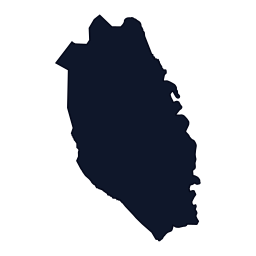 the district of La Union, Copán, Honduras
{"feature_id": "27666195B95326987561994", "entity_name": "La Union", "entity_type": "district", "adm_level": 2, "iso_a3": "HND", "parent_name": "Honduras", "parent_adm1": "Copán", "projection": "robinson", "projection_center": [-88.924, 14.696], "detail": "fine", "context": "isolated", "style": "filled", "palette": "ink", "viewbox_px": 256, "rotation_deg": 0, "n_neighbors": 0, "source": "geoboundaries", "source_scale": "gbopen_adm2", "svg_char_len": 5734}
<svg xmlns="http://www.w3.org/2000/svg" viewBox="0 0 256 256"><path d="M67.8,107.8L73.4,128.0L71.6,133.3L71.9,133.8L72.1,134.3L72.4,135.6L72.6,135.8L73.0,136.1L73.2,136.4L73.3,136.8L73.3,137.3L73.4,137.6L73.6,137.9L74.1,138.1L74.3,138.4L74.4,138.8L74.3,139.4L74.4,139.7L74.6,140.0L75.2,140.5L76.7,142.7L77.1,143.3L77.1,143.8L77.1,147.1L77.1,147.5L77.9,148.1L78.7,148.9L78.9,149.2L79.0,149.7L79.1,150.2L79.1,150.6L78.7,151.8L78.6,152.5L78.7,154.6L78.7,156.6L76.9,160.8L81.2,168.9L82.0,169.9L83.1,171.9L85.5,175.3L86.0,175.8L89.1,178.5L89.8,179.2L91.1,180.8L92.0,182.3L92.9,183.3L93.8,184.1L94.5,184.6L94.8,184.7L95.2,184.6L95.5,184.8L95.7,185.2L95.8,185.9L96.7,187.5L96.9,187.6L97.5,187.6L98.4,187.9L98.7,188.1L99.0,188.5L101.0,188.9L101.1,189.0L101.2,189.3L102.7,189.5L102.8,189.6L102.9,190.1L103.4,190.6L107.3,193.3L107.7,193.9L107.8,194.5L108.0,194.8L108.3,194.9L108.5,194.9L108.7,194.6L108.9,194.5L109.2,194.6L109.4,194.7L109.6,194.9L110.0,195.4L110.5,195.8L110.8,196.0L111.1,195.8L112.3,196.8L112.6,197.1L112.8,197.2L112.8,197.7L113.0,197.9L113.4,198.0L114.6,198.0L116.4,198.2L116.6,198.3L116.8,198.9L117.1,199.4L117.4,199.2L117.8,199.3L118.2,199.2L118.4,199.2L118.6,199.4L118.7,199.6L118.7,199.8L118.8,199.9L119.3,199.9L119.7,199.7L119.8,199.7L120.8,200.9L121.6,201.6L122.1,202.4L122.5,202.6L122.9,202.8L125.6,206.2L133.6,214.7L136.2,217.7L142.3,223.7L152.0,232.2L156.0,239.0L156.8,239.2L158.0,239.1L158.2,239.3L158.8,240.4L159.0,240.6L159.4,240.6L159.7,240.5L161.0,239.3L161.7,238.9L162.1,238.5L162.5,238.0L162.8,237.3L163.4,236.3L164.6,235.1L165.3,234.1L166.8,232.7L167.7,232.1L170.3,231.1L171.0,230.8L171.4,230.4L171.7,230.0L172.1,229.0L172.8,226.1L172.9,225.6L172.9,225.4L173.4,225.5L174.2,225.8L175.4,226.6L176.1,226.9L176.7,227.0L179.0,227.1L183.2,226.1L184.0,226.0L184.8,226.0L185.4,225.8L185.9,225.5L186.3,225.2L186.9,224.0L187.0,223.9L187.3,223.9L187.7,224.1L188.1,224.0L196.7,224.2L197.0,223.9L197.7,222.4L198.2,221.5L198.3,221.2L197.8,220.5L197.0,219.2L196.1,217.3L195.8,216.5L195.8,215.7L196.0,214.8L196.1,214.4L196.5,213.8L196.6,213.4L196.7,213.1L196.6,212.4L196.3,211.6L196.0,211.1L195.3,209.9L195.0,209.3L195.2,208.7L195.7,207.5L195.9,206.7L196.0,206.4L195.8,205.6L195.7,205.2L195.4,205.0L195.0,205.3L193.8,205.4L193.2,205.5L192.8,205.3L192.5,204.9L192.2,204.2L191.8,203.5L191.7,203.2L191.7,202.5L191.7,201.5L192.0,200.7L193.9,197.0L195.5,194.7L195.5,194.3L195.2,193.5L194.8,192.9L194.2,191.3L193.9,190.9L193.6,190.8L192.4,190.8L191.4,191.2L190.2,191.5L189.8,191.5L189.6,191.3L189.5,190.7L189.1,189.5L188.9,188.7L189.7,185.7L190.0,185.1L190.4,184.8L191.1,184.5L192.0,184.4L193.7,183.5L194.5,182.9L194.8,182.8L195.1,182.9L196.3,183.9L197.1,184.1L198.2,183.9L199.3,183.6L199.7,183.3L199.9,183.0L199.9,182.6L199.6,181.9L199.5,180.1L199.1,179.4L198.5,178.5L197.6,177.5L195.7,176.5L194.7,176.0L193.3,175.8L193.0,175.6L192.9,175.4L192.8,175.1L192.6,173.4L192.4,171.2L192.5,170.6L192.5,170.3L192.9,169.9L194.7,168.5L194.9,168.0L195.1,167.3L195.1,166.3L194.8,163.2L195.0,162.1L195.5,160.3L195.7,159.2L195.6,158.5L195.2,156.7L195.0,154.8L195.0,154.2L195.1,152.8L195.4,149.9L196.0,146.2L196.0,145.4L195.9,144.8L195.5,143.7L195.1,142.8L194.6,141.9L194.2,141.2L193.8,140.8L193.3,140.4L192.3,140.0L191.8,139.6L191.1,139.1L190.5,138.4L189.9,137.7L189.3,137.0L189.1,136.5L188.8,135.8L188.6,135.4L187.4,134.0L186.2,132.8L185.8,132.3L185.6,131.9L185.5,131.2L185.8,130.3L188.0,125.7L188.5,124.4L188.6,123.2L188.6,122.1L188.4,121.5L187.8,120.6L186.7,119.0L185.0,117.1L184.0,116.1L183.2,115.6L182.4,115.3L181.4,115.1L179.5,115.3L178.0,115.3L177.1,115.3L176.2,115.1L176.0,114.9L175.8,114.7L175.9,114.3L176.1,113.8L179.3,109.8L179.6,109.5L180.6,108.9L181.3,108.1L181.6,107.5L181.6,107.2L181.6,106.8L181.2,106.2L180.3,105.2L178.7,102.2L178.4,102.0L177.5,101.6L176.5,101.5L176.1,101.6L174.9,102.1L173.9,102.4L173.4,102.5L173.1,102.3L172.9,101.9L172.2,100.3L170.8,97.6L170.2,95.8L169.9,94.7L170.0,94.2L170.3,93.6L170.8,92.7L171.4,92.0L171.8,91.6L172.2,91.4L172.5,91.3L172.9,91.4L173.2,91.6L173.5,91.8L174.2,93.3L175.4,95.4L176.0,96.4L176.7,97.3L177.5,97.8L177.9,97.9L178.6,97.8L179.0,97.5L179.2,97.2L179.3,96.8L179.4,96.3L179.3,96.0L178.8,95.2L177.8,94.2L177.4,93.6L177.3,92.7L177.2,91.2L176.9,90.5L176.7,90.3L176.4,90.2L176.2,89.9L176.2,89.2L176.2,87.8L176.1,87.4L175.9,86.9L175.1,85.6L174.6,85.0L174.3,84.7L172.7,83.7L170.3,82.4L168.5,81.6L167.5,81.2L166.9,81.1L166.2,81.1L164.8,81.2L164.3,81.2L163.7,81.0L163.5,80.9L163.3,80.6L163.2,80.1L163.2,79.5L164.2,74.9L164.4,74.6L164.9,74.0L166.0,73.0L166.0,71.8L165.9,70.9L165.8,70.4L165.7,70.2L165.0,70.0L164.8,70.0L164.0,70.4L163.7,70.4L163.3,70.1L162.9,69.3L161.9,68.2L161.5,67.3L161.5,66.8L161.5,66.6L161.1,66.0L160.5,65.2L159.5,63.3L159.3,62.9L159.1,61.7L158.5,61.0L158.4,60.5L158.2,59.9L157.9,60.1L157.5,60.1L157.3,60.0L157.0,59.5L155.9,59.0L155.5,59.0L154.9,59.1L154.5,59.1L154.3,59.0L154.2,58.9L154.2,58.7L154.5,57.9L154.4,57.6L154.3,57.4L154.1,57.1L153.6,56.9L152.7,56.7L152.5,56.2L152.8,55.6L152.8,55.0L152.6,54.8L152.4,54.6L151.6,54.5L144.6,36.6L144.4,35.7L144.1,32.9L144.0,32.3L143.7,32.0L142.9,31.1L142.6,30.7L142.7,30.0L142.5,29.3L142.4,29.1L142.2,28.9L142.0,28.2L141.3,27.1L140.8,26.4L140.8,25.2L140.6,24.3L140.5,23.9L139.8,22.6L139.4,22.2L138.5,21.5L136.8,20.5L135.7,19.5L135.3,19.3L134.2,19.0L133.3,18.3L132.7,18.0L132.2,17.9L131.8,17.8L131.4,17.9L130.7,18.1L129.5,18.0L127.9,18.1L127.2,18.3L126.4,18.6L125.7,19.1L125.2,19.6L124.9,20.0L124.7,20.5L124.6,21.0L124.6,21.7L124.5,22.1L123.8,23.6L123.4,24.2L122.8,25.0L121.8,26.1L120.8,27.1L111.8,27.0L99.7,15.4L94.4,19.6L89.4,28.1L89.9,40.1L86.9,44.6L74.8,44.1L74.6,43.7L74.4,43.6L74.1,43.6L73.6,43.8L73.3,43.8L73.1,43.4L72.9,42.7L72.0,42.1L56.1,62.9L68.6,69.8L67.8,107.8Z" fill="#0f172a" stroke="#020617" stroke-width="1.5"/></svg>